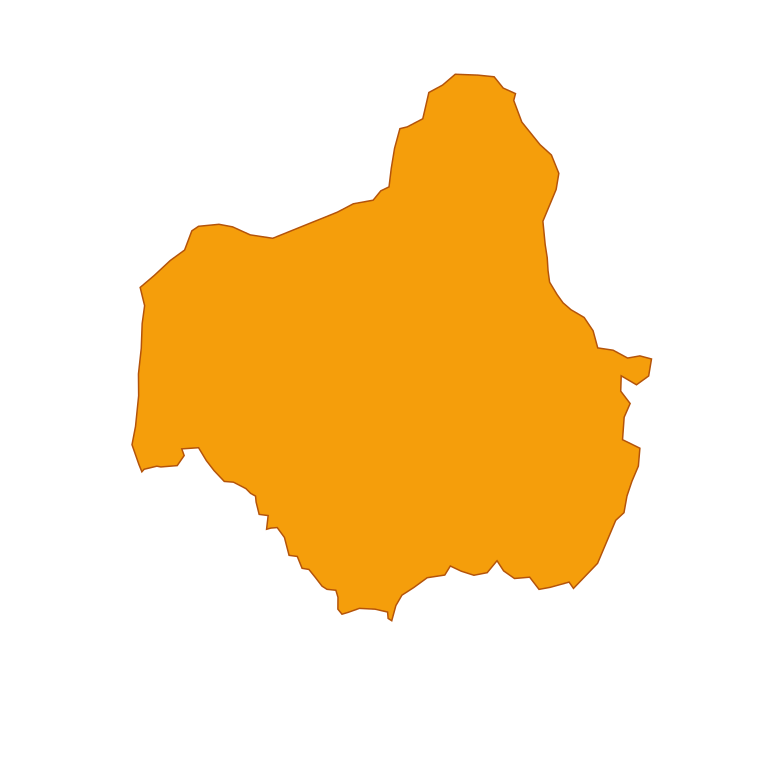 Polemi, Paphos, Cyprus (Equal Earth projection), rotated 158°
{"feature_id": "46923920B23159624661255", "entity_name": "Polemi", "entity_type": "district", "adm_level": 2, "iso_a3": "CYP", "parent_name": "Cyprus", "parent_adm1": "Paphos", "projection": "equal_earth", "projection_center": [32.514, 34.884], "detail": "fine", "context": "isolated", "style": "filled", "palette": "amber", "viewbox_px": 768, "rotation_deg": 158, "n_neighbors": 0, "source": "geoboundaries", "source_scale": "gbopen_adm2", "svg_char_len": 1767}
<svg xmlns="http://www.w3.org/2000/svg" viewBox="0 0 768 768"><g transform="rotate(158 384 384)"><path d="M465.5,161.6L456.0,174.1L446.5,181.5L432.8,184.1L416.5,188.2L399.2,184.1L390.7,190.4L382.5,181.5L372.3,173.0L359.0,170.4L345.4,177.8L343.1,165.9L335.9,154.8L321.3,150.3L317.2,135.5L306.0,133.2L286.6,131.0L284.9,123.5L253.2,137.7L220.2,170.8L209.7,174.8L200.7,189.1L190.6,200.9L178.9,212.6L170.8,228.6L183.7,243.0L173.8,263.2L163.1,273.7L167.2,288.7L161.0,302.7L150.2,288.7L135.6,292.3L126.6,307.0L136.2,314.2L148.4,316.8L158.9,329.5L172.3,337.4L170.2,355.0L173.5,370.7L182.8,382.8L187.6,392.2L190.0,402.0L192.3,416.4L189.4,427.8L185.4,439.8L182.3,453.0L175.7,475.4L151.5,499.9L143.0,513.8L143.0,533.6L149.7,547.5L158.1,575.2L157.5,598.3L153.3,604.0L162.6,613.7L166.8,627.6L181.2,635.2L201.9,644.5L217.8,639.2L233.2,637.5L244.1,621.9L248.7,615.4L266.2,613.7L273.6,614.8L285.9,598.6L296.5,581.2L305.5,564.9L314.6,564.3L325.2,558.5L344.9,562.6L362.9,560.8L389.5,560.8L411.8,560.8L432.6,560.8L452.2,572.4L465.5,586.4L477.2,593.9L496.9,599.7L504.8,598.0L518.7,582.9L535.1,578.8L536.4,578.4L543.9,575.5L556.4,570.7L561.5,569.0L573.9,564.9L576.6,546.3L585.6,530.6L595.7,508.0L607.9,485.3L615.9,465.0L630.3,437.7L640.4,422.1L641.4,401.2L641.4,393.3L638.3,394.8L625.4,392.9L622.0,390.7L606.3,385.8L596.1,392.5L595.8,399.6L579.8,394.4L577.4,379.5L574.0,367.3L568.6,353.5L560.4,349.4L551.2,338.7L548.6,332.5L545.1,328.2L546.8,322.5L548.6,309.9L540.7,305.4L547.3,293.3L542.9,292.8L536.8,290.9L533.8,279.0L536.2,260.7L529.0,256.6L529.0,243.8L523.1,240.2L520.1,230.3L517.2,219.8L513.8,215.0L505.9,210.8L506.6,203.4L511.1,192.5L509.2,186.3L503.0,185.7L490.9,185.2L476.7,178.6L466.1,171.2L468.0,165.1L465.5,161.6Z" fill="#f59e0b" stroke="#b45309" stroke-width="1.5"/></g></svg>